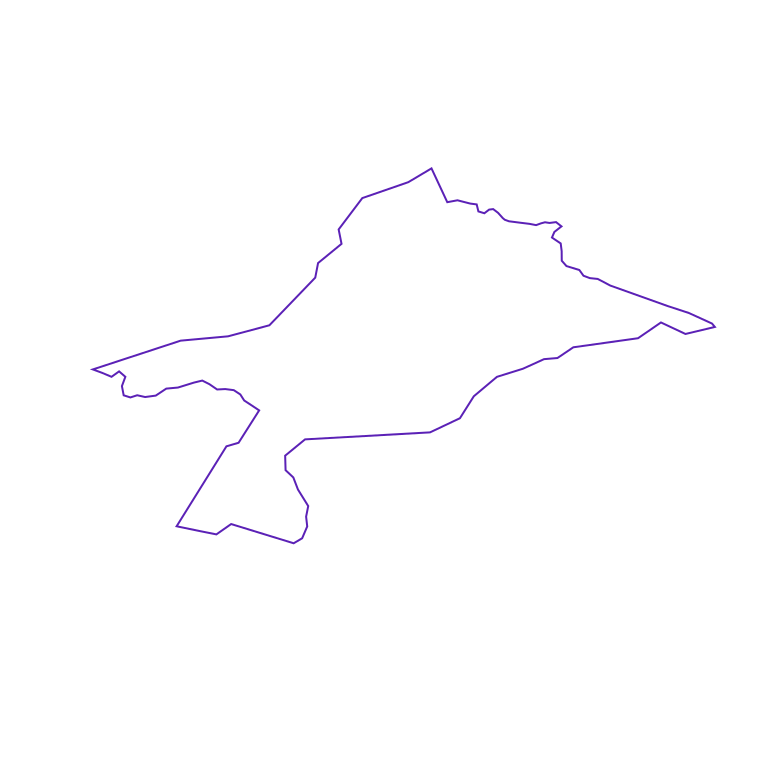 Palmitas, Soriano, Uruguay, rotated 299°
{"feature_id": "84410073B71248424630997", "entity_name": "Palmitas", "entity_type": "district", "adm_level": 2, "iso_a3": "URY", "parent_name": "Uruguay", "parent_adm1": "Soriano", "projection": "albers", "projection_center": [-57.799, -33.471], "detail": "fine", "context": "isolated", "style": "outline", "palette": "violet", "viewbox_px": 768, "rotation_deg": 299, "n_neighbors": 0, "source": "geoboundaries", "source_scale": "gbopen_adm2", "svg_char_len": 1318}
<svg xmlns="http://www.w3.org/2000/svg" viewBox="0 0 768 768"><g transform="rotate(299 384 384)"><path d="M159.0,271.6L166.0,294.0L171.2,310.3L187.4,318.2L200.9,382.2L209.4,387.2L222.2,385.9L230.2,380.2L240.5,376.9L250.0,359.9L258.3,350.0L260.9,339.7L273.4,332.3L297.3,341.8L364.0,447.7L390.9,467.0L416.8,468.5L445.0,479.3L464.7,498.1L483.3,511.9L490.8,523.1L507.9,531.8L547.2,584.0L572.1,596.4L573.9,623.4L594.3,645.7L595.9,641.6L593.9,616.2L589.7,594.3L579.8,534.2L579.5,520.0L576.4,512.7L575.4,506.0L578.4,499.6L575.6,486.4L578.0,479.7L586.3,475.0L592.6,470.4L593.5,459.9L599.6,459.3L604.1,461.2L607.9,462.8L609.0,456.0L605.1,450.7L603.5,446.4L600.7,443.5L596.7,440.0L594.6,433.6L590.8,424.2L586.9,414.4L586.2,410.0L586.7,407.4L589.0,400.8L589.9,394.7L587.5,391.4L582.0,389.0L580.7,382.9L586.0,378.0L583.6,371.9L580.3,359.2L573.7,351.2L595.6,321.0L572.3,307.4L536.1,274.9L497.2,269.4L486.0,278.9L457.8,267.7L443.7,272.3L379.8,255.3L350.1,224.5L323.3,185.1L255.6,122.3L257.1,132.1L258.2,142.2L266.6,146.2L264.9,154.3L255.1,155.8L247.9,161.8L249.3,168.7L254.5,173.6L256.8,181.4L263.2,190.0L274.4,195.8L281.0,205.5L293.1,217.1L298.9,223.4L299.2,231.4L298.3,240.7L302.6,247.6L305.8,255.6L305.2,263.4L301.8,269.7L300.4,287.6L262.1,285.3L253.1,276.4L159.0,271.6Z" fill="none" stroke="#5b21b6" stroke-width="2"/></g></svg>